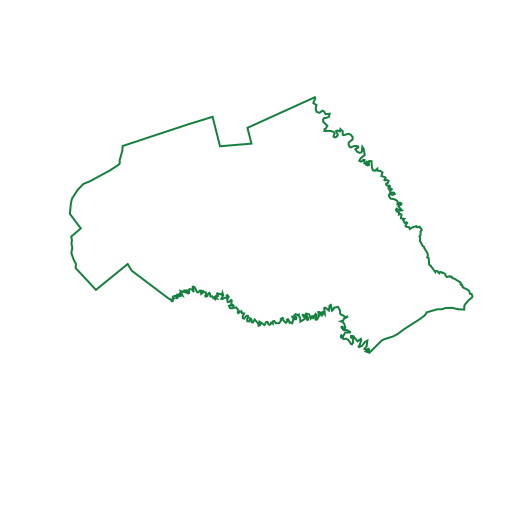 Preah Netr Preah, Bântéay Méanchey, Cambodia, rotated 323°
{"feature_id": "14789045B34870424787449", "entity_name": "Preah Netr Preah", "entity_type": "district", "adm_level": 2, "iso_a3": "KHM", "parent_name": "Cambodia", "parent_adm1": "Bântéay Méanchey", "projection": "natural_earth1", "projection_center": [103.28, 13.553], "detail": "fine", "context": "isolated", "style": "outline", "palette": "green", "viewbox_px": 512, "rotation_deg": 323, "n_neighbors": 0, "source": "geoboundaries", "source_scale": "gbopen_adm2", "svg_char_len": 6158}
<svg xmlns="http://www.w3.org/2000/svg" viewBox="0 0 512 512"><g transform="rotate(323 256 256)"><path d="M288.3,401.5L305.4,399.2L308.6,399.7L316.9,402.7L322.3,403.6L330.6,403.6L349.1,405.0L354.8,405.0L358.6,403.8L368.6,407.6L372.5,410.5L375.9,411.5L381.6,415.6L385.5,420.3L390.1,424.1L392.2,421.3L393.8,420.5L399.7,419.2L403.6,419.2L404.7,418.3L405.3,416.1L404.2,415.0L405.1,412.3L404.9,410.6L402.3,405.6L402.7,405.5L402.9,403.9L402.5,402.9L403.1,402.8L402.6,401.4L403.3,400.9L403.1,399.5L400.7,393.3L399.5,392.0L399.8,390.2L398.7,389.7L398.6,388.7L395.8,387.6L395.5,385.8L396.3,384.3L395.3,381.9L394.5,381.6L394.3,380.3L393.3,379.6L391.9,380.1L391.7,377.0L390.6,376.4L389.5,376.9L389.6,368.8L389.1,367.1L392.7,361.5L391.9,360.1L393.1,359.6L394.6,357.3L395.2,350.8L395.7,350.0L395.2,348.5L396.0,342.5L398.1,340.3L398.4,338.6L399.9,338.3L402.4,335.3L404.1,334.9L404.4,333.6L404.0,332.6L404.4,331.1L402.1,330.1L401.7,329.5L402.0,328.7L397.9,327.2L395.1,327.0L395.6,325.3L393.3,322.5L394.0,321.5L396.7,320.5L396.4,319.5L394.7,319.0L395.0,316.1L396.8,315.7L394.4,313.1L397.0,310.7L396.8,309.5L395.0,308.9L396.4,307.3L395.3,305.1L395.5,303.4L396.7,302.8L398.3,306.4L400.1,307.4L399.5,302.0L400.4,301.6L403.0,302.4L403.8,301.5L403.0,300.0L401.1,300.3L400.1,299.7L401.7,298.3L401.9,296.6L400.7,294.0L398.1,291.3L398.0,288.9L399.0,287.1L400.2,287.0L401.6,289.2L404.0,290.1L404.3,288.5L401.4,286.0L402.5,284.4L404.6,284.5L404.6,283.9L402.4,283.2L402.5,281.6L403.2,281.0L404.5,281.5L405.0,280.8L405.0,280.1L403.1,278.7L402.8,277.4L403.5,276.5L405.4,277.0L407.1,275.9L406.5,274.3L404.5,273.3L404.3,272.5L406.5,271.7L406.6,271.0L404.3,267.6L407.3,265.4L406.4,262.8L404.3,260.9L405.4,259.3L402.2,259.5L400.9,257.8L402.0,254.8L405.3,249.7L403.5,248.3L402.7,248.6L401.1,251.2L399.8,251.0L399.0,249.7L401.3,248.5L401.3,247.5L398.9,248.1L398.3,247.3L400.4,244.6L399.3,243.7L398.0,244.3L396.6,243.7L395.8,242.1L398.5,240.9L403.6,240.8L406.4,235.3L406.6,232.9L403.4,236.3L402.4,236.6L400.6,235.7L399.5,233.4L399.6,230.5L403.0,230.8L403.5,229.9L400.9,227.4L396.8,226.1L396.5,225.5L397.0,222.7L398.5,221.1L403.3,221.0L404.8,219.2L404.7,216.2L403.5,214.1L398.6,212.2L398.2,211.4L400.3,208.6L399.8,205.4L398.1,207.0L396.6,204.8L395.1,204.4L394.3,208.5L392.0,209.3L390.0,208.5L389.9,207.1L392.6,205.4L392.7,203.6L390.6,200.8L385.9,197.3L387.2,195.9L388.7,196.1L391.4,194.9L390.4,189.4L392.0,187.2L393.6,186.9L394.7,187.8L398.0,188.7L400.4,186.7L397.0,184.6L397.3,181.3L396.5,179.9L392.9,179.9L391.1,177.2L392.3,174.2L395.2,171.8L393.8,168.6L394.1,168.1L398.2,165.8L398.5,164.6L326.3,148.5L320.0,163.5L293.3,146.7L305.1,118.7L280.7,109.9L215.7,87.9L212.7,91.4L204.8,97.4L202.8,100.1L201.0,100.5L190.5,99.7L168.5,96.4L161.6,94.6L153.5,95.8L143.5,99.5L140.0,102.4L132.7,110.4L132.7,128.5L120.1,129.3L118.6,132.5L116.2,134.9L114.1,139.1L110.3,142.5L108.1,149.5L107.4,154.0L104.7,157.1L107.8,186.7L148.7,185.2L147.9,192.9L160.7,237.7L161.9,239.6L161.4,240.7L161.7,241.7L162.8,241.7L163.1,240.2L165.0,240.6L164.7,238.9L165.7,238.5L168.1,239.4L167.2,241.8L167.6,242.2L168.4,242.1L169.8,239.5L170.8,240.5L170.2,240.9L170.3,241.8L171.3,242.3L171.5,240.3L172.4,240.0L173.5,243.2L174.7,238.5L176.2,240.8L178.0,240.3L178.3,241.1L177.5,242.2L178.4,243.2L179.5,241.5L180.2,241.9L179.7,243.6L178.9,244.3L179.4,245.3L180.1,245.4L182.4,242.5L183.3,242.6L184.8,244.4L184.6,246.4L185.1,246.5L186.8,242.5L187.4,242.5L188.2,244.0L187.2,249.5L188.0,250.3L190.5,249.9L191.1,250.4L189.4,253.3L191.0,253.3L191.7,251.6L192.7,252.2L192.4,253.4L194.0,254.7L192.9,256.7L191.6,257.2L191.3,258.0L193.0,258.7L195.3,257.3L196.5,257.3L196.6,258.5L195.2,260.9L196.7,261.8L196.5,264.0L197.8,263.9L197.5,265.8L198.2,265.4L199.2,266.5L199.1,263.8L200.0,263.8L201.4,265.0L202.0,264.2L202.1,262.7L202.7,262.5L204.5,265.3L205.1,265.3L205.4,266.7L207.0,265.3L206.2,267.6L202.5,269.4L203.4,270.2L206.0,270.6L207.6,272.0L208.9,269.8L209.5,270.0L209.7,272.0L206.6,273.7L205.7,275.8L206.6,276.4L209.7,276.2L209.9,276.8L207.4,279.4L208.3,282.0L207.7,282.3L205.8,279.9L204.4,279.5L203.9,281.9L204.6,282.9L209.2,285.1L209.3,289.2L207.6,289.8L207.4,290.9L211.1,291.2L210.5,293.3L211.9,294.7L208.8,296.3L208.1,297.9L208.8,298.9L211.5,298.1L213.0,298.3L213.5,299.1L213.0,300.2L211.0,301.0L209.8,302.9L211.3,304.2L213.8,302.2L214.1,302.5L214.0,304.3L212.7,306.3L213.5,307.2L216.7,305.9L217.1,311.6L216.1,313.3L217.5,313.6L219.0,312.9L218.6,311.2L219.3,310.5L221.2,316.2L224.2,314.9L225.1,315.1L225.5,315.7L224.9,317.8L225.3,319.1L226.6,319.2L227.8,318.4L228.7,320.2L230.0,318.3L231.5,318.9L231.4,321.5L234.0,323.6L237.1,322.6L237.8,321.2L239.9,321.4L240.1,322.1L239.1,323.6L239.4,326.6L239.8,327.3L240.6,326.8L241.9,327.2L242.4,325.6L243.2,325.5L243.6,325.9L242.7,329.7L243.8,329.9L244.4,331.5L247.3,329.3L248.6,329.8L248.9,329.3L248.1,326.9L248.5,326.3L249.9,328.0L250.1,330.5L250.5,330.4L251.4,329.0L250.7,327.4L251.0,326.4L252.7,326.3L253.6,328.1L255.0,328.6L254.1,329.6L254.0,332.0L251.9,335.1L256.7,335.6L257.7,334.8L257.5,331.6L257.9,331.2L259.1,333.1L258.4,337.9L259.5,338.3L260.4,337.0L260.4,333.0L260.9,332.1L261.5,332.2L263.3,334.7L262.2,338.8L264.3,337.8L265.0,338.1L263.7,339.5L264.6,340.2L268.7,338.1L268.9,339.7L265.4,342.5L265.7,343.2L266.8,343.4L270.6,341.6L272.0,338.3L273.0,339.0L273.4,340.2L272.4,342.8L273.0,343.3L274.0,342.7L274.8,340.8L275.4,340.8L275.9,341.0L275.9,343.9L279.1,338.7L280.3,339.0L281.4,343.4L284.9,339.9L286.3,340.1L283.7,345.4L285.0,345.4L287.3,344.3L290.9,346.1L290.3,350.1L288.6,352.5L288.5,353.7L290.0,356.4L290.0,358.3L292.3,359.1L292.2,359.6L288.4,359.1L286.7,360.0L284.4,359.2L285.4,360.8L285.7,363.0L284.3,366.8L283.5,367.4L282.9,367.1L282.3,364.3L281.7,364.0L281.2,364.8L281.4,367.9L283.9,369.8L285.5,373.2L285.1,373.6L281.1,370.8L277.3,372.6L276.5,370.6L275.3,371.3L274.9,372.5L276.0,373.7L275.8,374.8L278.1,376.3L279.2,378.3L279.0,383.6L279.4,384.3L281.0,383.8L283.5,381.0L283.8,380.2L282.8,378.2L283.8,377.1L285.5,378.5L285.7,385.3L289.9,385.3L289.5,386.4L285.5,389.3L283.4,390.1L283.5,390.8L286.6,391.5L291.3,390.3L294.0,390.6L289.9,394.8L286.6,395.5L287.1,397.0L290.0,397.8L290.2,398.5L289.2,399.6L286.6,398.8L288.3,401.5Z" fill="none" stroke="#15803d" stroke-width="2"/></g></svg>